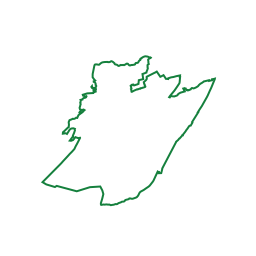 outline of Jiutepec, Morelos, Mexico, rotated 74°
{"feature_id": "50627088B83770147300305", "entity_name": "Jiutepec", "entity_type": "district", "adm_level": 2, "iso_a3": "MEX", "parent_name": "Mexico", "parent_adm1": "Morelos", "projection": "equal_earth", "projection_center": [-99.181, 18.886], "detail": "fine", "context": "isolated", "style": "outline", "palette": "green", "viewbox_px": 256, "rotation_deg": 74, "n_neighbors": 0, "source": "geoboundaries", "source_scale": "gbopen_adm2", "svg_char_len": 5573}
<svg xmlns="http://www.w3.org/2000/svg" viewBox="0 0 256 256"><g transform="rotate(74 128 128)"><path d="M74.2,148.2L74.8,147.5L75.3,147.1L75.7,147.0L76.5,146.9L77.6,147.3L78.0,147.0L78.5,146.9L79.0,147.0L79.5,147.3L79.9,147.8L80.1,148.3L80.2,148.8L80.1,149.8L80.0,150.1L79.6,150.7L79.2,151.0L78.8,151.2L77.8,151.1L78.4,151.9L79.5,151.6L80.1,151.1L80.6,150.3L80.9,148.7L81.5,148.1L81.8,148.1L82.1,148.2L82.2,148.4L82.3,150.8L83.5,151.0L83.5,148.9L84.1,149.0L84.1,149.9L84.3,150.4L84.3,151.4L84.4,151.5L84.8,151.8L83.5,157.6L83.6,162.3L84.4,162.3L84.8,161.4L85.4,161.3L85.7,161.1L86.0,160.3L86.0,160.0L85.8,159.4L86.1,159.2L86.9,159.9L87.0,160.3L87.1,160.9L87.0,162.0L87.0,162.4L87.2,162.9L87.6,163.8L88.1,164.0L87.9,165.8L88.6,165.7L89.0,166.1L89.7,166.4L90.2,166.5L90.6,167.0L92.0,166.9L92.9,167.6L93.3,167.7L95.3,169.0L96.8,169.0L97.0,169.0L97.4,168.5L97.7,167.7L98.0,167.0L98.0,165.6L98.8,164.9L99.0,165.4L99.9,166.7L100.6,168.3L99.5,169.0L99.3,169.0L98.9,168.8L99.2,169.9L99.8,170.5L101.1,169.8L101.5,170.8L101.9,171.9L102.1,172.2L104.3,174.0L103.8,175.0L104.0,175.4L104.4,176.8L104.3,177.3L104.2,178.1L103.9,178.5L104.2,180.1L104.3,181.8L104.4,182.1L106.0,183.4L108.8,183.9L109.8,184.4L110.8,184.7L111.0,185.5L111.2,185.9L113.1,189.5L113.6,190.4L113.8,191.0L114.2,191.7L115.5,192.2L115.7,190.8L115.7,190.1L115.8,189.6L116.0,189.2L116.9,188.3L114.1,185.2L113.4,184.3L113.1,183.6L112.9,182.6L113.1,181.3L113.2,180.7L114.1,179.4L114.3,179.6L115.5,179.6L117.9,181.2L120.2,183.1L120.5,183.2L120.8,183.1L121.3,183.2L121.4,183.3L121.5,183.9L121.7,184.3L123.5,186.6L124.1,187.4L124.6,186.3L124.5,185.2L124.4,184.1L122.3,181.1L124.0,178.7L124.2,176.8L124.3,176.8L129.0,181.2L131.3,183.5L133.4,185.3L135.3,188.3L136.9,191.2L138.1,193.1L141.9,199.4L143.5,201.9L156.5,225.1L159.7,222.1L164.6,214.5L164.0,212.5L174.7,194.7L174.4,180.9L176.6,170.8L180.9,169.9L184.7,169.9L188.9,172.3L192.8,174.8L194.0,175.1L194.5,175.0L194.6,174.6L194.7,173.2L194.7,172.9L195.2,171.7L195.5,169.8L196.2,168.2L196.5,166.9L197.4,165.9L197.5,165.3L197.6,164.1L197.8,162.9L197.7,161.2L197.7,160.9L198.1,159.9L198.1,159.6L198.1,159.2L197.6,157.8L197.5,155.3L197.2,154.4L197.2,154.0L197.5,152.6L197.5,152.0L197.4,151.6L196.7,150.7L196.5,150.3L196.5,149.3L196.6,147.0L196.5,146.8L196.1,146.2L196.2,145.5L197.1,143.8L197.3,143.0L197.1,139.6L196.9,138.6L196.5,138.0L195.8,136.9L193.6,134.9L193.2,134.4L192.8,133.7L192.6,133.1L191.9,130.0L191.0,127.4L190.0,124.3L189.3,122.9L186.4,118.9L185.6,118.0L178.1,111.5L178.4,111.3L178.7,110.5L179.6,111.0L179.9,111.0L180.5,108.5L178.3,107.2L176.5,106.2L176.3,106.2L154.5,85.4L154.4,85.4L153.4,83.2L152.3,81.7L152.3,81.3L150.1,77.8L149.9,77.7L150.1,77.2L149.4,76.8L148.4,75.4L147.0,73.5L146.3,72.8L145.0,71.0L143.1,68.8L142.9,68.3L142.8,68.0L143.0,67.1L141.0,65.0L140.5,64.5L140.2,64.5L139.9,64.7L132.3,56.2L132.1,56.5L130.0,54.2L127.2,50.9L125.7,49.4L120.0,43.6L118.6,42.3L115.0,39.3L113.3,37.8L112.5,37.1L112.4,37.0L106.7,32.5L105.1,31.2L104.5,30.9L104.5,32.1L104.3,33.8L105.2,34.1L105.1,37.1L104.4,37.0L104.2,41.8L104.1,42.0L104.5,43.0L105.2,45.1L105.3,46.0L106.2,47.9L106.7,48.6L107.0,49.0L107.2,49.4L107.7,51.2L108.0,53.1L108.0,54.1L107.4,55.1L107.2,55.5L107.6,56.5L108.0,56.9L108.2,57.2L108.2,58.0L108.4,58.9L108.4,59.9L108.0,59.9L107.7,60.6L107.7,61.3L105.9,61.7L105.9,62.6L105.3,62.8L105.3,64.0L108.5,63.4L108.5,65.3L108.5,67.6L108.6,68.3L109.1,70.1L109.4,70.6L110.0,71.3L110.3,72.1L110.4,74.9L109.6,77.0L109.1,77.9L109.5,78.7L110.1,79.4L109.7,79.9L108.8,78.8L104.8,73.0L102.0,69.6L99.2,66.3L98.1,65.7L93.2,63.8L93.1,64.1L91.8,63.5L91.5,67.4L91.5,70.2L91.2,72.6L91.3,75.6L92.0,75.9L91.1,78.1L90.7,78.1L87.0,79.3L87.7,82.7L87.7,82.8L81.7,84.8L81.9,85.6L82.2,86.6L82.2,87.0L83.9,95.9L84.3,96.1L85.6,96.3L86.3,96.7L87.0,97.6L88.3,100.2L90.1,100.3L90.3,100.1L90.5,100.0L91.1,100.0L91.7,100.2L91.9,100.1L92.5,99.9L93.0,99.9L93.2,100.1L93.4,101.9L93.3,102.5L93.4,103.4L93.4,104.0L93.2,105.0L93.5,105.2L93.6,105.3L93.4,106.4L93.6,108.1L93.3,108.4L93.3,108.5L93.8,112.1L94.3,114.3L94.2,114.4L94.1,114.6L93.9,114.6L92.0,114.3L91.5,114.4L91.4,114.1L91.1,113.8L88.3,113.8L88.3,113.0L88.2,112.9L87.9,112.9L87.6,112.8L87.5,112.1L87.7,110.9L88.3,110.9L88.7,110.5L88.7,108.8L88.6,108.1L88.7,107.5L88.6,106.8L88.5,106.6L88.5,105.8L85.0,104.4L85.2,99.9L80.1,99.2L79.8,95.0L79.2,94.8L77.3,93.3L75.9,92.4L75.1,92.5L74.4,92.2L73.8,92.2L72.8,91.8L72.2,90.4L71.9,90.5L70.8,90.4L69.8,90.1L69.1,90.0L68.0,89.9L67.9,89.8L67.6,89.5L67.0,88.2L66.9,87.8L67.0,87.4L67.0,87.1L66.7,86.7L66.2,87.2L66.2,87.6L65.8,88.4L65.4,88.7L64.8,89.4L63.9,91.4L63.8,92.1L63.9,93.8L64.3,94.9L64.3,95.3L64.7,95.8L64.7,96.3L64.7,96.6L65.1,97.2L65.8,97.2L66.0,97.5L65.9,97.8L66.1,98.2L66.4,98.5L66.6,99.0L66.9,99.4L67.4,99.7L67.9,100.3L68.0,100.9L67.9,101.2L67.9,101.6L67.7,102.3L67.7,102.6L68.0,103.1L68.7,103.6L68.8,103.9L68.9,104.1L68.8,105.1L68.7,105.5L68.7,106.3L68.5,106.7L68.4,107.4L68.4,107.9L68.5,108.3L68.3,108.7L68.2,109.4L67.3,110.0L66.3,110.4L66.1,110.6L65.8,111.4L65.8,111.9L66.1,112.5L66.5,114.5L66.4,114.7L66.0,115.3L65.9,116.5L65.4,117.5L65.5,118.4L65.8,118.9L65.7,120.0L65.2,120.5L64.8,120.7L64.2,121.2L63.9,121.6L63.6,122.3L63.2,122.9L62.5,123.2L61.9,123.2L61.5,123.5L60.3,124.3L59.4,125.2L59.2,125.6L59.2,126.0L59.5,126.9L59.5,128.1L59.1,129.2L58.9,129.3L58.8,129.8L58.6,130.3L58.5,131.0L58.3,131.5L58.1,132.6L57.9,134.0L57.9,135.0L58.1,135.8L58.5,136.9L59.0,137.8L59.2,138.5L59.0,139.0L58.3,140.4L58.0,141.4L57.9,141.9L58.0,142.5L58.9,143.2L66.4,147.1L69.5,148.0L72.4,147.0L73.3,146.4L73.6,147.1L73.7,148.1L73.9,148.1L74.2,148.2Z" fill="none" stroke="#15803d" stroke-width="2"/></g></svg>